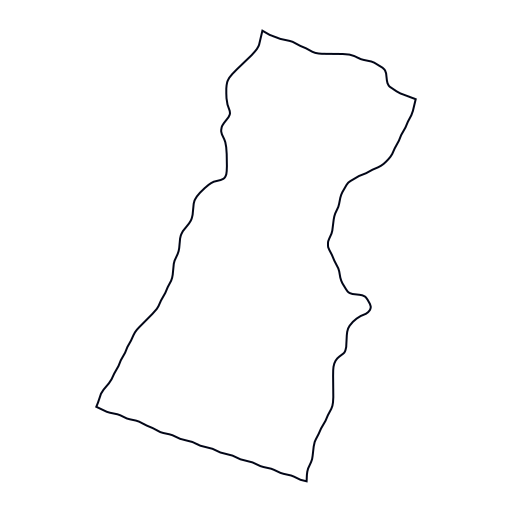 the district of Los Rios, Bahoruco, Dominican Republic
{"feature_id": "3306468B61523317388818", "entity_name": "Los Rios", "entity_type": "district", "adm_level": 2, "iso_a3": "DOM", "parent_name": "Dominican Republic", "parent_adm1": "Bahoruco", "projection": "albers", "projection_center": [-71.562, 18.559], "detail": "fine", "context": "isolated", "style": "outline", "palette": "ink", "viewbox_px": 512, "rotation_deg": 0, "n_neighbors": 0, "source": "geoboundaries", "source_scale": "gbopen_adm2", "svg_char_len": 2997}
<svg xmlns="http://www.w3.org/2000/svg" viewBox="0 0 512 512"><path d="M415.7,99.2L400.3,93.4L396.5,91.3L389.7,86.7L388.7,85.6L387.5,83.2L386.9,80.5L386.1,73.4L385.2,70.8L384.5,69.6L382.5,67.7L374.1,62.6L371.3,61.5L363.6,59.9L360.7,59.1L354.1,56.0L349.5,54.6L342.7,54.0L322.0,53.8L318.6,53.5L315.3,52.9L312.4,51.8L306.0,48.3L300.3,45.9L292.6,41.8L289.6,40.9L280.3,38.9L269.7,34.9L262.4,30.7L259.1,44.7L258.5,46.2L256.9,49.0L254.9,51.5L251.6,55.2L237.1,69.1L232.4,73.9L229.3,77.7L227.8,80.5L227.2,82.1L226.6,85.2L226.3,88.5L226.3,93.4L226.5,98.3L227.5,104.6L229.7,110.9L230.0,113.3L229.7,114.7L228.5,117.2L223.9,123.1L222.3,125.6L221.7,127.1L221.2,130.0L221.2,131.5L221.9,134.3L224.3,139.4L225.3,142.2L226.2,147.2L226.7,154.1L226.9,166.2L226.7,171.1L226.3,174.2L225.8,175.6L225.2,176.9L224.3,178.1L223.2,178.9L220.7,180.0L213.8,181.7L211.1,183.1L208.5,184.9L204.7,188.1L200.0,192.7L196.9,196.4L195.2,199.2L194.5,200.6L193.7,203.7L192.6,214.8L191.9,217.8L191.4,219.3L190.7,220.8L189.0,223.5L182.9,231.1L181.4,234.0L180.8,235.5L180.1,238.5L179.2,248.1L178.6,251.2L177.6,254.1L174.6,260.6L173.8,263.7L172.7,274.8L172.1,277.9L171.1,280.8L167.7,287.2L165.3,292.9L161.0,300.5L158.5,306.1L156.8,308.9L152.4,313.9L139.2,327.2L136.9,329.7L135.0,332.3L133.5,335.1L131.0,340.6L127.4,347.0L125.1,352.7L120.8,360.3L118.5,366.0L114.2,373.6L111.6,379.2L108.9,383.3L103.6,389.6L101.0,393.7L98.0,402.6L96.3,406.8L106.8,411.8L109.8,412.7L117.5,414.3L120.3,415.3L126.9,418.5L129.9,419.3L136.0,420.6L139.0,421.6L146.8,425.6L152.5,428.0L160.3,432.1L163.3,433.0L169.4,434.3L172.4,435.2L180.3,438.9L192.4,442.0L200.3,445.7L212.5,448.8L220.4,452.5L232.5,455.6L240.4,459.3L252.5,462.4L260.4,466.1L263.4,467.0L271.1,468.7L273.9,469.8L280.5,472.9L283.5,473.8L291.1,475.5L293.9,476.6L300.5,479.8L306.6,481.3L306.9,474.8L307.3,471.6L308.1,468.5L311.1,462.0L312.1,459.1L312.6,456.0L313.7,446.5L314.7,441.9L315.9,439.2L318.6,434.0L321.1,428.4L325.5,420.8L327.9,415.2L331.3,408.8L332.4,405.8L333.0,402.4L333.3,397.1L333.1,375.6L333.2,370.2L333.5,366.8L334.3,363.5L335.6,360.7L337.3,358.4L339.3,356.6L343.4,353.5L344.3,352.6L345.0,351.4L345.5,350.0L346.2,347.0L346.8,335.2L347.2,331.8L348.1,328.5L349.7,325.6L352.9,321.8L356.6,318.6L360.7,316.0L365.9,313.8L368.1,312.2L369.8,310.2L370.3,309.1L370.7,307.7L370.7,306.4L369.9,303.9L367.5,299.6L365.9,297.4L364.9,296.5L362.3,295.3L359.6,294.8L352.5,294.0L349.8,293.1L348.6,292.4L347.6,291.5L346.0,289.2L342.4,283.3L341.2,280.6L340.3,277.6L339.2,271.4L338.3,268.4L334.3,260.6L331.9,254.9L329.3,249.9L328.2,247.3L328.0,245.8L328.0,242.8L328.2,241.3L329.2,238.7L331.5,233.6L332.3,230.6L333.7,219.5L334.3,216.4L335.2,213.5L338.3,206.9L339.1,203.9L340.3,197.8L341.2,194.8L342.4,192.1L346.6,184.8L348.3,182.6L350.5,181.0L359.0,176.0L366.1,173.2L372.5,169.7L378.1,167.3L380.9,165.8L383.6,163.9L386.0,161.7L388.3,159.3L390.4,156.8L392.2,154.0L394.7,148.4L398.9,140.7L401.2,135.0L405.5,127.4L407.9,121.7L411.3,115.3L412.9,110.9L415.7,99.2Z" fill="none" stroke="#020617" stroke-width="2"/></svg>